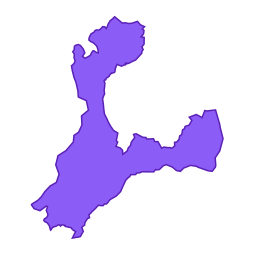 outline of Praitori, Paphos, Cyprus, rotated 181°
{"feature_id": "46923920B29566977103124", "entity_name": "Praitori", "entity_type": "district", "adm_level": 2, "iso_a3": "CYP", "parent_name": "Cyprus", "parent_adm1": "Paphos", "projection": "robinson", "projection_center": [32.742, 34.839], "detail": "fine", "context": "isolated", "style": "filled", "palette": "violet", "viewbox_px": 256, "rotation_deg": 181, "n_neighbors": 0, "source": "geoboundaries", "source_scale": "gbopen_adm2", "svg_char_len": 3237}
<svg xmlns="http://www.w3.org/2000/svg" viewBox="0 0 256 256"><g transform="rotate(181 128 128)"><path d="M173.6,18.7L172.7,20.7L170.9,23.8L172.5,27.9L169.7,30.2L169.3,32.8L167.7,35.5L166.9,36.8L164.9,37.6L165.6,40.7L163.9,42.0L162.8,43.4L161.6,44.6L159.7,46.4L156.8,49.6L156.2,50.2L153.3,49.9L151.4,50.0L150.4,51.5L148.2,51.7L146.9,53.1L144.8,56.0L138.4,59.9L134.2,64.4L132.3,69.1L129.3,75.8L126.1,79.2L125.5,79.2L124.6,81.3L119.5,81.6L118.7,83.1L115.4,83.4L113.4,84.5L108.6,84.5L106.5,84.5L101.5,84.6L99.5,87.1L98.7,86.6L95.9,87.0L92.0,90.9L89.0,92.0L83.0,89.7L78.8,86.3L74.8,85.6L71.7,88.9L64.9,91.7L58.8,90.9L57.6,90.1L54.0,88.9L47.0,86.6L43.0,86.2L40.0,90.3L40.0,89.9L39.6,92.3L40.3,99.7L35.9,106.6L32.8,119.0L35.6,129.3L36.5,133.7L40.8,147.6L41.5,147.5L49.4,146.4L51.5,146.8L54.1,139.7L59.9,142.7L67.0,139.9L64.3,136.7L67.0,131.9L70.9,130.6L71.7,128.1L73.4,127.2L74.1,122.4L76.2,121.0L76.7,117.7L79.0,114.9L81.2,114.5L81.0,110.9L81.9,110.1L83.3,108.8L84.6,108.6L85.1,109.1L88.2,109.1L91.8,109.6L94.0,108.4L97.8,114.9L101.0,114.9L102.3,117.7L106.0,117.4L109.1,117.4L109.9,118.8L113.0,119.0L115.0,120.0L117.5,121.2L119.7,122.4L122.3,121.7L121.1,118.4L122.9,116.2L124.5,113.7L125.3,110.4L127.3,108.3L128.5,104.9L132.8,101.6L133.1,105.7L135.5,108.0L139.7,109.3L138.1,113.8L139.5,115.1L138.1,122.8L142.4,125.3L145.1,129.0L147.6,133.2L149.6,137.5L151.8,141.6L152.5,146.1L153.1,151.6L153.9,156.7L152.9,159.8L152.0,161.7L152.5,165.4L152.1,168.7L151.9,172.6L152.8,174.8L152.0,175.7L151.3,175.6L150.8,176.5L150.8,177.2L147.7,179.4L147.6,180.2L145.3,182.7L145.0,182.5L142.6,183.3L142.1,184.0L141.5,187.9L140.0,191.4L135.6,189.7L133.4,190.7L132.6,191.2L131.6,191.1L131.4,191.8L131.8,192.6L130.5,193.0L130.1,192.2L127.9,192.9L125.7,194.2L121.6,196.1L115.5,203.0L115.5,204.7L114.2,206.7L115.5,209.4L113.4,212.1L113.4,218.9L116.5,219.4L114.1,222.3L113.7,225.8L115.4,227.2L114.1,228.7L113.2,229.6L117.5,231.5L120.4,234.8L125.8,232.8L129.5,232.5L132.6,233.2L135.5,232.8L143.3,239.0L145.9,236.4L147.7,235.0L149.5,231.9L150.6,228.8L151.6,227.1L153.0,228.8L155.1,228.9L157.0,226.7L158.8,225.4L161.4,225.5L162.7,224.8L163.6,223.3L166.5,221.5L167.8,219.2L168.5,217.3L168.6,216.8L168.6,215.2L166.7,213.7L164.3,212.7L162.9,211.4L161.2,210.0L160.1,208.0L159.1,204.5L159.1,202.6L161.1,203.1L163.4,204.6L164.6,204.4L165.8,202.4L166.9,200.0L169.5,198.4L172.0,197.0L174.8,198.8L172.5,202.3L174.1,206.2L177.0,209.7L179.2,210.6L181.8,209.8L183.0,208.8L183.2,205.2L184.6,203.3L183.0,200.9L183.2,197.2L182.1,194.4L183.0,191.6L185.6,189.2L184.7,184.4L182.8,177.4L180.8,172.7L178.8,164.5L178.2,158.1L170.1,154.6L167.9,145.1L174.7,139.3L174.1,130.2L177.3,122.9L181.9,119.7L182.4,113.1L189.6,104.3L197.5,99.1L199.6,89.9L196.1,80.6L198.7,72.3L204.7,68.8L209.9,63.1L213.3,57.9L216.9,54.1L222.6,50.4L223.1,49.8L223.2,49.5L220.5,45.7L217.3,44.7L214.6,43.8L212.4,45.4L208.2,48.6L207.1,47.8L208.3,44.2L206.6,40.4L206.9,38.4L208.0,36.9L210.0,35.7L210.6,34.2L209.7,33.0L207.1,31.8L205.0,29.0L203.9,25.0L203.5,24.5L201.6,27.4L197.9,28.7L195.7,30.1L194.7,29.8L193.8,28.7L192.5,30.1L189.3,29.5L189.2,28.6L188.4,28.4L182.9,27.2L181.9,25.5L178.6,23.5L181.7,17.0L179.4,17.4L177.2,17.9L176.1,17.9L174.2,18.6L173.6,18.7Z" fill="#8b5cf6" stroke="#5b21b6" stroke-width="1.5"/></g></svg>